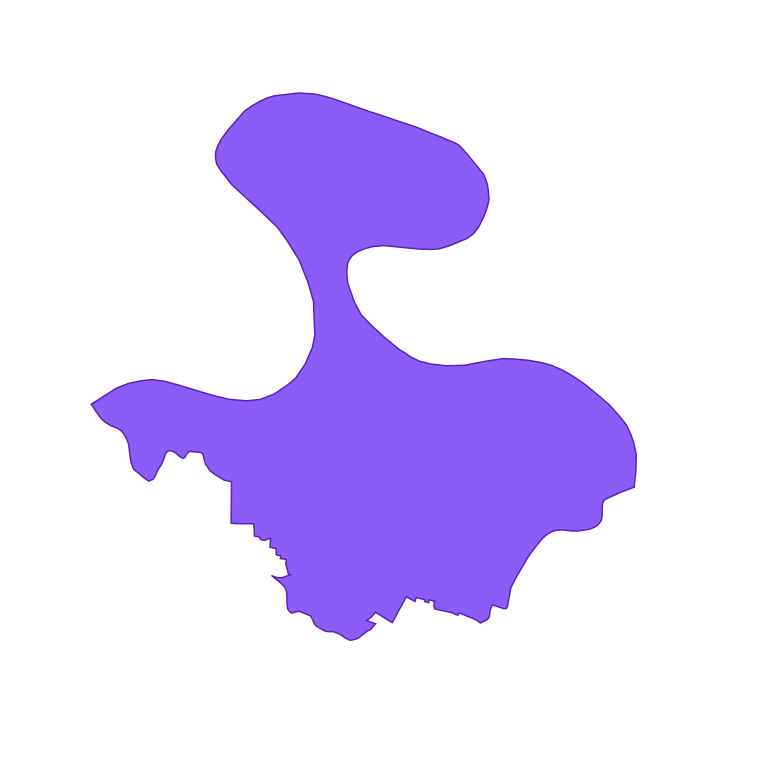 Binh Thanh, Hồ Chí Minh city, Vietnam, rotated 289°
{"feature_id": "81297802B74412015974526", "entity_name": "Binh Thanh", "entity_type": "district", "adm_level": 2, "iso_a3": "VNM", "parent_name": "Vietnam", "parent_adm1": "Hồ Chí Minh city", "projection": "equal_earth", "projection_center": [106.708, 10.812], "detail": "fine", "context": "isolated", "style": "filled", "palette": "violet", "viewbox_px": 768, "rotation_deg": 289, "n_neighbors": 0, "source": "geoboundaries", "source_scale": "gbopen_adm2", "svg_char_len": 4503}
<svg xmlns="http://www.w3.org/2000/svg" viewBox="0 0 768 768"><g transform="rotate(289 384 384)"><path d="M634.2,376.7L634.3,376.5L634.4,376.2L634.7,374.4L635.1,371.8L635.3,367.7L635.6,363.3L636.1,358.1L636.3,352.5L636.4,345.7L637.3,334.2L637.2,309.8L637.1,294.9L636.8,275.5L637.0,262.3L637.1,244.1L636.7,234.6L636.1,227.4L635.4,223.5L634.4,219.5L632.9,214.4L631.8,209.8L629.0,203.5L625.7,196.9L621.0,186.8L616.4,180.3L611.1,174.9L604.0,168.6L603.5,168.2L596.8,163.4L573.6,153.9L562.2,150.4L555.1,149.3L550.0,149.3L548.7,149.3L547.8,149.5L542.9,151.1L537.5,154.2L531.9,161.3L523.1,174.9L516.0,190.9L507.2,211.2L497.5,232.1L487.9,245.8L473.7,263.3L455.5,278.9L452.3,281.3L438.8,290.6L423.7,296.4L408.0,302.6L395.7,304.4L377.3,303.0L360.6,298.5L360.2,298.2L353.8,294.4L351.4,293.0L349.6,291.6L338.5,283.2L329.0,271.8L326.1,265.5L323.3,259.4L322.2,255.0L321.1,250.8L318.9,241.4L318.9,240.7L318.5,237.0L317.7,228.6L316.9,212.4L316.2,192.0L315.1,174.9L313.3,166.6L312.6,163.2L308.0,153.3L301.2,142.0L293.0,132.4L284.8,125.9L269.6,113.8L264.4,120.4L259.3,127.8L257.1,132.5L256.3,136.7L255.7,139.7L255.4,146.2L254.1,151.0L252.0,154.4L248.4,158.4L243.7,162.3L235.1,166.4L227.1,170.6L222.0,174.9L217.1,187.8L215.5,193.1L218.8,196.8L223.6,197.7L229.2,198.1L235.4,199.8L240.2,200.2L246.7,200.1L250.1,201.1L251.6,204.6L251.2,208.7L249.2,213.6L248.4,216.6L248.4,218.4L249.6,219.5L253.9,220.4L256.9,221.7L259.6,233.0L258.9,235.6L256.3,237.1L250.3,241.2L245.2,247.9L243.4,254.0L241.1,263.8L241.9,271.4L241.9,271.7L202.7,284.7L203.9,289.9L207.4,300.4L209.1,305.1L209.4,306.4L202.8,309.2L198.1,310.9L198.6,314.5L198.7,315.8L197.5,317.3L196.8,318.3L196.7,319.1L197.3,321.4L197.3,321.7L197.2,322.1L198.3,322.9L199.2,324.2L201.3,327.0L192.6,329.3L193.2,335.5L191.1,336.5L188.9,337.2L187.7,337.4L187.4,339.7L187.5,340.5L187.8,341.1L188.2,341.6L187.4,342.5L186.7,342.9L186.1,343.0L185.2,342.9L186.4,348.7L183.3,349.5L181.4,350.1L179.9,351.0L173.8,355.1L173.3,355.6L173.2,356.0L173.1,357.6L171.4,355.2L168.9,352.2L167.8,350.7L166.4,346.9L166.2,345.6L166.1,341.5L166.4,340.0L165.1,343.1L163.7,347.2L162.2,351.1L160.1,355.4L158.8,357.1L156.6,359.1L153.3,360.7L149.5,362.1L143.7,364.3L140.6,365.8L139.5,366.9L138.0,368.9L137.4,371.0L137.6,371.8L139.5,374.4L140.7,376.1L141.4,377.9L141.4,380.7L141.1,384.8L141.0,388.4L140.6,390.5L135.1,396.0L133.3,398.0L132.4,401.7L131.5,406.6L131.3,408.6L131.4,409.7L131.5,411.0L132.4,414.0L133.1,415.8L133.3,417.3L133.3,420.2L133.0,423.5L132.8,424.9L132.4,426.2L131.6,428.9L131.3,430.0L130.8,434.3L130.7,435.1L131.1,436.4L132.3,438.3L133.9,440.8L135.5,442.4L143.7,447.9L145.6,449.4L147.0,450.9L147.6,451.3L154.6,454.1L154.6,447.9L154.6,444.5L155.8,445.5L160.0,448.1L162.3,449.0L163.5,449.6L165.4,450.3L161.2,468.6L161.2,469.6L176.5,472.0L177.7,472.3L190.0,474.4L188.5,484.1L192.6,483.9L192.8,485.5L193.2,491.4L193.2,492.3L193.0,492.7L191.5,493.5L191.8,494.7L191.8,496.3L191.9,497.5L192.4,497.4L193.3,497.0L194.1,496.7L194.5,496.9L194.6,497.7L194.8,499.8L194.9,501.2L195.2,502.3L192.8,502.8L189.8,503.7L187.9,505.4L190.0,523.8L189.4,526.1L189.5,529.1L191.7,529.3L192.1,529.8L191.8,534.2L191.5,539.2L191.1,547.6L189.4,553.0L194.0,557.6L196.4,559.0L198.9,559.2L203.8,558.2L208.8,558.0L210.0,558.4L210.6,560.2L210.5,566.6L210.6,570.7L211.5,572.7L214.1,573.1L221.5,572.0L231.6,570.4L233.1,570.4L233.7,570.4L235.5,570.7L240.1,571.2L250.7,573.2L253.4,573.7L255.0,574.1L259.8,575.1L265.9,576.2L272.9,578.2L282.5,581.4L289.9,584.2L295.0,587.3L298.0,589.8L299.2,591.1L300.1,592.1L301.7,594.4L302.8,596.8L303.9,599.5L305.1,604.5L306.3,609.9L308.5,615.9L311.3,621.4L313.5,625.2L315.6,628.0L318.3,630.6L320.1,631.9L322.8,633.1L325.1,633.7L327.4,633.7L330.6,633.1L337.9,630.6L342.1,629.6L344.7,629.6L346.9,630.6L357.8,642.0L368.0,654.2L369.4,653.7L384.0,650.4L399.1,645.6L408.9,639.8L411.4,637.9L416.3,634.2L424.4,626.3L430.3,616.9L437.9,603.4L443.3,589.7L448.7,575.2L452.3,562.5L455.1,549.2L456.1,537.4L455.6,526.8L455.5,526.2L454.2,517.7L453.4,512.6L449.9,498.6L446.7,488.2L439.3,474.0L427.9,454.0L421.5,437.0L418.1,421.7L417.1,409.7L417.2,409.4L418.2,401.0L421.9,386.3L428.3,369.1L435.0,353.7L442.1,339.8L451.8,329.3L467.9,316.6L477.8,312.3L485.6,310.4L490.0,310.6L495.2,312.2L500.7,316.1L505.6,321.6L510.2,328.5L514.7,338.3L523.4,374.7L526.8,385.4L529.9,392.3L535.4,400.1L548.1,414.5L554.8,419.5L563.3,422.4L573.3,423.7L581.9,424.2L592.2,423.3L599.5,420.3L606.4,416.8L609.9,414.0L615.0,409.6L629.4,386.1L631.8,381.8L633.5,378.5L634.2,376.7Z" fill="#8b5cf6" stroke="#5b21b6" stroke-width="1.5"/></g></svg>